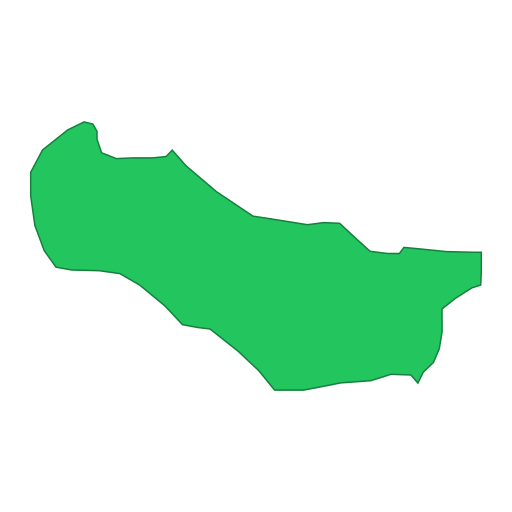 map outline of Karbinci (Robinson projection)
{"feature_id": "MKD-2934", "entity_name": "Karbinci", "entity_type": "Statistical Region", "adm_level": 1, "iso_a3": "MKD", "parent_name": "North Macedonia", "parent_adm1": "", "projection": "robinson", "projection_center": [22.284, 41.787], "detail": "fine", "context": "isolated", "style": "filled", "palette": "green", "viewbox_px": 512, "rotation_deg": 0, "n_neighbors": 0, "source": "natural_earth", "source_scale": "10m", "svg_char_len": 849}
<svg xmlns="http://www.w3.org/2000/svg" viewBox="0 0 512 512"><path d="M84.1,121.9L92.9,124.1L97.0,131.3L97.0,139.2L101.6,152.8L116.3,158.6L132.7,157.9L152.7,157.9L166.2,156.5L172.2,150.1L186.0,165.8L216.5,191.7L252.9,216.1L281.1,220.5L307.4,224.7L323.8,222.6L339.6,223.3L356.6,239.1L370.1,251.3L387.6,253.5L399.4,253.5L403.9,247.4L418.8,248.8L446.5,251.6L475.2,252.3L481.3,252.3L481.3,272.5L480.7,285.0L471.8,287.9L455.3,298.4L442.0,309.0L442.1,331.7L439.3,348.7L433.4,362.5L423.2,372.3L417.9,383.1L410.9,375.0L391.0,374.3L370.7,380.7L340.8,382.9L303.8,390.1L274.6,390.1L258.8,370.7L238.2,351.3L210.0,329.0L197.8,327.5L182.5,324.7L165.0,306.0L139.7,285.1L119.8,273.6L99.3,270.7L71.8,270.0L56.0,267.2L44.2,250.6L34.9,225.5L30.7,196.0L30.7,172.3L42.5,150.0L64.7,132.3L67.7,129.9L84.1,121.9Z" fill="#22c55e" stroke="#15803d" stroke-width="1.5"/></svg>